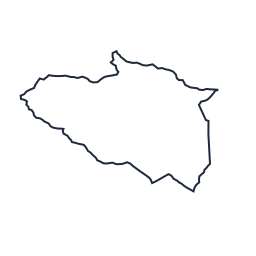 Duartina, São Paulo, Brazil (Equal Earth projection), rotated 76°
{"feature_id": "56859067B62482372645698", "entity_name": "Duartina", "entity_type": "district", "adm_level": 2, "iso_a3": "BRA", "parent_name": "Brazil", "parent_adm1": "São Paulo", "projection": "equal_earth", "projection_center": [-49.423, -22.399], "detail": "fine", "context": "isolated", "style": "outline", "palette": "slate", "viewbox_px": 256, "rotation_deg": 76, "n_neighbors": 0, "source": "geoboundaries", "source_scale": "gbopen_adm2", "svg_char_len": 1954}
<svg xmlns="http://www.w3.org/2000/svg" viewBox="0 0 256 256"><g transform="rotate(76 128 128)"><path d="M112.7,31.2L111.3,35.8L110.1,39.6L109.1,42.2L109.3,46.1L108.0,49.7L106.3,51.0L105.1,54.0L103.8,57.4L102.3,59.4L100.0,62.0L96.8,62.8L94.8,63.3L93.8,67.0L91.6,68.6L87.7,68.6L84.2,70.5L81.6,74.2L80.1,77.5L78.2,80.1L77.5,84.6L74.8,86.6L72.2,88.7L72.0,94.7L70.5,98.6L68.6,100.9L66.7,103.7L66.1,107.4L64.7,110.4L63.0,113.5L61.0,114.9L59.3,116.2L57.3,117.8L55.3,118.5L53.3,120.1L50.7,120.6L51.6,124.8L55.0,125.7L58.3,125.5L60.3,128.8L62.5,127.1L64.6,124.8L68.5,125.0L71.2,123.8L73.4,125.7L73.2,130.5L72.7,136.5L73.0,139.3L74.3,142.7L76.1,146.5L75.4,150.6L73.3,153.8L70.7,155.1L68.5,157.8L67.1,160.1L67.3,164.8L65.5,168.2L64.6,171.3L62.1,176.0L61.4,180.3L60.2,185.3L58.9,189.0L57.6,192.0L59.0,194.5L60.6,198.0L58.6,201.7L60.9,204.3L63.4,207.2L66.4,209.4L67.1,213.7L68.0,217.7L70.1,220.6L70.7,224.4L74.0,224.8L75.7,221.5L77.8,219.6L80.7,221.0L83.3,219.6L85.9,219.6L87.2,217.3L90.0,216.1L92.8,216.2L95.8,214.7L97.3,211.1L99.0,209.3L101.5,207.5L104.4,203.9L107.6,202.7L109.6,200.4L111.4,196.6L112.3,193.6L113.2,190.8L115.3,192.0L117.8,191.9L120.9,188.6L124.1,187.4L126.0,186.1L128.1,185.8L129.4,183.1L131.3,179.9L132.5,177.3L133.7,174.9L136.4,173.6L140.5,172.4L142.9,170.2L145.5,168.8L149.1,166.4L151.9,165.6L154.0,162.8L156.2,160.6L157.3,157.4L157.9,151.3L160.1,148.4L160.8,146.0L161.5,141.7L161.0,137.3L163.2,134.3L166.0,132.5L170.3,128.9L172.3,127.3L176.2,123.8L178.9,121.5L181.2,119.6L183.5,118.5L187.3,117.9L186.3,113.2L185.0,108.6L183.5,103.3L182.6,99.8L184.8,97.4L186.9,96.6L188.7,95.7L190.8,93.2L193.4,91.4L195.0,89.5L197.8,87.5L200.2,85.2L205.3,79.8L201.9,77.8L199.6,75.4L198.0,72.1L195.0,71.5L192.2,70.5L190.7,67.7L189.5,65.2L187.0,63.8L185.6,61.4L184.0,59.4L182.6,57.1L153.5,51.5L140.6,48.2L139.1,50.5L122.8,53.6L120.1,50.7L120.1,45.7L119.1,42.8L117.1,39.6L114.9,36.6L113.1,34.5L112.7,31.2Z" fill="none" stroke="#1e293b" stroke-width="2"/></g></svg>